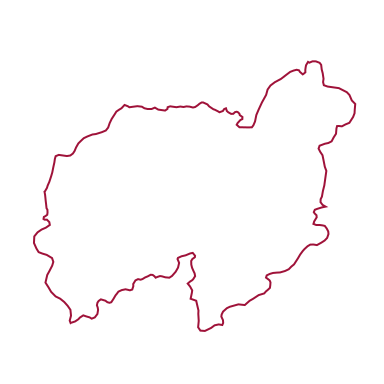 Gomel, Gomel, Belarus, rotated 278°
{"feature_id": "67162791B13261784360532", "entity_name": "Gomel", "entity_type": "district", "adm_level": 2, "iso_a3": "BLR", "parent_name": "Belarus", "parent_adm1": "Gomel", "projection": "albers", "projection_center": [30.956, 52.323], "detail": "fine", "context": "isolated", "style": "outline", "palette": "rose", "viewbox_px": 384, "rotation_deg": 278, "n_neighbors": 0, "source": "geoboundaries", "source_scale": "gbopen_adm2", "svg_char_len": 4122}
<svg xmlns="http://www.w3.org/2000/svg" viewBox="0 0 384 384"><g transform="rotate(278 192 192)"><path d="M171.8,45.9L168.8,46.9L166.4,47.5L162.7,48.4L159.7,49.2L155.7,50.2L154.3,51.3L151.5,51.8L149.3,51.8L147.8,50.3L146.7,48.8L144.6,48.7L144.1,49.8L144.4,52.2L142.3,54.9L139.6,55.8L136.3,52.2L133.9,48.3L130.6,44.7L126.1,42.0L119.5,42.6L114.4,45.8L111.1,48.5L110.2,52.4L109.5,56.9L107.1,62.6L103.5,64.4L99.6,63.8L93.6,61.7L89.7,60.2L81.9,59.5L77.7,63.1L73.5,66.4L69.6,71.5L68.0,76.3L65.3,80.8L62.0,84.7L58.4,88.0L52.7,89.4L47.6,88.8L45.4,90.0L45.5,90.1L47.5,94.2L50.2,97.2L52.0,98.4L54.7,101.5L54.1,104.5L53.6,108.1L52.6,110.3L54.3,113.2L58.0,115.3L62.2,115.4L64.5,114.7L66.6,113.6L69.3,113.8L71.1,114.7L73.0,116.7L72.3,121.4L71.1,123.5L70.8,125.7L71.6,127.4L75.2,129.1L79.1,130.7L80.7,131.7L83.1,133.0L85.1,136.1L86.4,139.7L86.2,142.3L86.0,144.2L87.1,146.4L90.6,147.0L92.7,146.6L96.6,148.3L98.2,150.7L98.0,153.3L98.9,155.1L100.9,157.5L102.3,159.9L104.3,162.6L104.4,164.6L103.3,166.6L102.1,167.9L103.0,169.4L104.3,172.0L104.3,174.0L103.8,177.5L104.0,181.5L106.1,183.9L110.7,186.9L115.2,188.7L120.0,189.1L122.1,187.9L123.6,187.0L124.8,187.3L126.9,190.6L128.4,194.5L130.9,198.7L131.8,201.2L129.3,203.9L127.8,203.9L125.7,201.7L123.6,200.8L120.0,201.4L117.0,202.6L113.6,204.7L111.8,205.9L109.1,206.8L105.8,205.3L104.6,204.4L103.1,202.6L100.7,200.5L98.2,203.2L94.6,205.9L92.2,205.9L86.1,205.5L84.9,211.3L82.5,212.2L75.5,214.9L72.2,215.2L65.3,216.6L58.9,216.9L55.9,219.6L56.2,224.1L60.1,229.9L63.1,232.9L64.6,236.9L64.5,240.5L66.7,241.1L69.4,240.5L72.7,238.4L74.8,238.4L77.9,239.4L81.8,242.7L83.6,245.4L87.2,253.6L87.4,260.0L92.3,264.2L94.7,267.3L99.2,272.4L101.6,277.6L103.9,279.1L105.4,280.5L107.9,282.5L110.5,282.5L113.4,282.3L115.1,281.3L115.7,280.5L117.5,277.2L119.8,277.6L121.7,280.4L123.1,283.5L124.0,287.3L124.6,290.4L126.7,295.1L129.0,298.6L131.9,300.7L134.5,303.1L141.2,306.2L145.1,307.8L149.0,309.9L151.1,311.3L154.4,314.0L156.4,316.5L156.9,319.8L156.8,323.1L159.9,327.2L162.4,330.1L165.3,332.2L169.4,333.0L171.9,332.4L174.6,330.5L176.9,328.2L177.1,326.0L177.1,323.1L176.6,319.6L177.3,316.7L179.9,317.1L184.3,319.0L186.3,318.5L187.8,316.5L189.0,315.4L191.5,316.1L192.7,318.3L194.8,322.7L196.1,326.3L197.4,323.1L199.8,320.7L202.8,320.4L205.5,321.3L211.2,321.5L216.9,322.1L225.6,322.1L231.6,322.1L235.5,320.0L242.4,317.6L246.6,316.1L249.6,313.4L252.6,311.3L255.6,311.9L258.3,316.9L259.5,320.2L261.6,323.2L265.8,324.7L269.7,326.5L275.1,326.2L277.5,326.5L277.8,328.3L277.9,331.3L280.3,334.6L282.4,338.2L288.7,341.1L292.6,342.0L296.2,341.7L301.9,341.4L304.9,337.5L310.0,334.4L312.4,331.4L315.3,323.0L315.3,315.5L315.3,311.6L316.1,307.7L319.1,306.5L322.4,306.5L327.8,304.9L331.4,303.4L335.9,302.2L337.7,300.4L338.6,296.5L338.2,293.2L336.4,290.2L337.0,288.8L333.4,287.3L331.5,287.2L328.8,287.2L326.3,287.6L324.5,286.0L323.9,285.3L326.0,282.1L327.4,281.0L327.6,278.6L326.4,275.7L324.6,272.5L321.3,269.2L316.4,264.4L312.3,258.8L308.4,254.9L304.0,252.6L298.5,251.9L290.4,248.8L282.8,246.5L277.2,245.0L270.6,244.6L266.6,243.5L264.4,242.3L263.9,239.4L263.6,237.1L263.1,232.9L262.7,230.0L264.8,226.9L266.7,227.6L270.0,229.9L271.2,231.7L273.3,231.5L274.8,228.6L276.2,228.0L277.5,226.2L277.7,225.1L277.1,223.5L275.2,222.0L274.8,219.9L276.0,216.8L277.1,215.2L279.6,214.0L278.6,212.3L276.5,211.3L274.8,208.1L275.5,206.5L276.7,203.0L276.9,201.7L279.2,197.0L280.9,195.1L282.2,190.6L282.0,189.1L280.5,187.2L278.7,185.6L276.6,183.3L275.8,181.2L276.2,177.7L276.0,174.6L275.0,171.8L275.0,168.5L273.8,164.8L273.8,161.2L273.8,158.5L272.6,156.1L270.8,156.1L268.9,154.0L268.9,151.0L268.9,147.1L270.4,143.5L268.6,140.5L268.0,136.5L268.3,133.2L269.5,130.5L269.4,126.0L268.1,121.3L267.2,118.2L268.0,116.5L268.8,113.1L265.1,110.5L263.4,108.4L261.1,105.9L258.6,104.8L253.2,102.3L248.8,100.9L244.1,100.0L240.9,98.1L238.7,94.4L236.0,88.7L235.1,85.4L232.4,80.6L230.2,77.3L226.8,74.6L224.3,72.7L220.0,71.0L216.2,70.0L213.5,68.7L211.2,66.4L210.2,63.1L210.2,58.9L210.2,54.9L208.5,52.0L205.6,51.6L202.2,51.6L197.0,51.2L191.8,50.9L187.8,50.3L182.2,49.3L178.4,48.2L175.9,47.8L172.2,46.3L171.8,45.9Z" fill="none" stroke="#9f1239" stroke-width="2"/></g></svg>